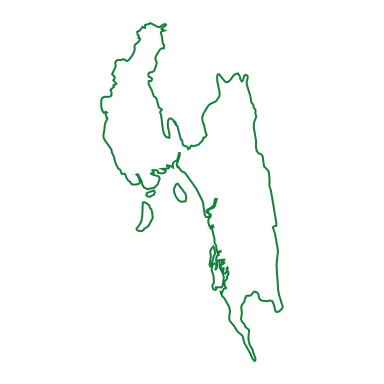 map outline of Chittagong (orthographic projection)
{"feature_id": "BGD-2476", "entity_name": "Chittagong", "entity_type": "Division", "adm_level": 1, "iso_a3": "BGD", "parent_name": "Bangladesh", "parent_adm1": "", "projection": "orthographic", "projection_center": [91.588, 22.498], "detail": "fine", "context": "isolated", "style": "outline", "palette": "green", "viewbox_px": 384, "rotation_deg": 0, "n_neighbors": 0, "source": "natural_earth", "source_scale": "10m", "svg_char_len": 6023}
<svg xmlns="http://www.w3.org/2000/svg" viewBox="0 0 384 384"><path d="M279.2,295.4L282.8,307.0L282.0,308.6L280.3,310.4L278.2,311.8L276.4,312.0L275.3,310.8L274.0,304.9L272.2,301.1L269.9,300.5L266.9,301.2L263.1,300.9L261.1,300.2L259.4,298.9L258.2,294.0L257.0,292.4L254.1,291.5L250.7,295.6L246.4,295.8L245.4,297.7L244.2,301.8L241.7,305.4L241.2,307.1L241.9,312.8L241.0,319.0L242.2,322.1L244.3,324.0L245.4,326.9L249.1,330.0L248.4,337.7L248.8,341.6L249.8,345.2L252.8,350.1L253.0,351.9L255.4,358.2L255.4,360.2L254.7,361.0L254.1,360.6L252.5,358.7L250.4,353.7L244.2,342.6L242.7,336.3L242.1,335.4L237.4,331.4L234.0,325.8L230.0,321.1L229.4,319.5L229.2,317.5L230.0,311.3L229.3,307.2L224.3,298.1L222.5,296.6L221.0,293.5L220.7,291.9L222.0,292.5L223.7,289.0L225.1,288.0L226.8,288.6L225.7,287.5L224.8,285.8L224.3,282.0L227.2,278.4L226.8,276.8L228.4,274.4L228.0,273.5L228.6,272.6L228.4,271.8L227.2,270.9L227.8,268.2L227.4,267.5L226.8,268.8L227.4,268.8L226.3,272.1L225.3,273.5L223.8,273.5L223.1,272.4L223.7,268.2L223.1,268.2L222.7,269.8L221.8,269.7L220.7,267.2L221.0,265.0L222.9,264.2L224.3,262.9L223.7,262.3L222.2,263.4L221.6,262.6L222.2,261.1L224.3,260.3L224.3,259.6L220.1,259.9L217.0,260.9L216.2,260.1L216.3,257.8L217.2,255.8L218.8,255.0L218.1,254.0L218.5,253.1L220.6,251.7L220.6,251.0L218.9,251.6L217.6,253.1L216.7,249.9L216.0,245.2L214.5,242.9L214.5,239.2L212.2,229.4L212.0,226.1L213.2,226.7L212.8,225.4L212.0,225.6L211.4,226.8L211.4,228.7L210.8,228.7L209.0,224.9L208.4,222.6L208.3,220.2L208.8,218.7L210.8,216.2L210.7,214.6L208.3,212.9L208.0,210.5L209.6,209.3L213.8,207.6L214.8,205.9L216.8,199.1L215.0,199.1L214.0,204.2L214.1,205.0L211.1,207.7L207.1,209.9L206.5,210.9L206.7,212.4L209.6,214.2L209.6,216.0L208.0,217.2L206.1,217.0L204.7,214.9L203.2,203.9L202.2,200.4L196.2,188.5L184.8,172.6L182.0,171.5L180.5,170.0L178.5,166.8L177.8,167.2L177.3,166.7L176.7,164.5L176.9,163.3L177.7,162.1L179.7,155.3L179.8,153.0L179.1,153.0L177.3,159.8L176.4,160.9L174.4,161.5L173.2,163.0L172.8,165.2L173.0,167.5L170.4,165.8L167.0,165.4L167.0,166.2L168.8,166.7L169.1,167.6L168.2,168.5L162.0,168.9L165.8,170.7L165.5,172.1L164.4,172.9L161.5,173.4L158.0,172.8L157.8,170.7L155.4,170.1L152.4,170.1L152.4,170.7L153.5,171.7L153.9,172.7L153.3,173.4L151.2,173.3L151.2,174.1L158.7,176.4L159.7,178.3L159.4,179.6L157.6,184.6L155.8,186.3L154.2,187.7L147.5,189.2L144.1,187.5L142.4,184.9L141.4,180.8L137.9,174.2L136.6,174.6L137.9,176.0L139.1,178.6L139.8,181.4L139.6,183.3L137.8,184.2L134.9,184.6L132.2,184.5L131.0,183.5L130.5,182.2L128.1,180.4L126.0,176.9L125.3,174.2L124.3,173.7L121.7,173.9L120.3,169.9L118.1,168.5L117.5,166.8L116.3,165.0L114.8,160.7L114.2,157.4L112.0,152.7L111.3,149.3L104.6,139.9L103.6,137.4L103.4,135.2L104.5,129.3L104.7,125.4L105.2,123.3L106.9,119.7L106.6,117.8L107.1,117.9L105.7,114.7L105.6,113.4L106.6,112.6L105.9,112.4L105.9,111.9L103.7,112.7L102.2,110.6L101.2,105.9L101.3,100.3L102.1,98.1L104.2,96.8L109.4,96.8L111.4,95.7L111.5,92.2L111.1,90.9L110.4,90.2L111.2,89.1L114.0,86.9L113.4,85.8L113.7,85.0L116.1,84.3L116.4,83.8L113.3,80.2L114.0,79.5L114.8,77.5L114.2,76.2L112.1,74.2L115.6,66.6L115.7,65.1L115.2,63.0L115.6,61.6L117.8,59.9L121.1,60.0L123.5,59.1L127.1,61.1L129.2,59.6L132.6,55.0L134.4,51.0L134.8,48.6L134.4,46.8L135.2,44.5L137.7,42.7L139.4,40.7L140.1,38.7L138.4,37.7L139.0,36.3L137.4,34.0L137.2,31.7L139.7,30.7L142.6,26.7L143.8,27.6L145.1,27.8L145.2,24.9L149.2,23.9L150.3,23.0L157.5,26.8L159.7,27.2L163.2,24.5L164.9,24.1L166.0,24.5L165.6,25.6L161.5,28.6L161.5,29.1L164.6,30.5L161.5,31.4L160.8,32.9L161.8,36.0L162.6,42.2L163.0,43.7L164.2,45.3L163.8,48.4L162.4,48.2L160.8,48.8L159.7,49.9L155.7,56.5L155.4,59.1L156.8,62.6L156.5,64.4L154.7,69.6L153.8,71.2L152.2,72.0L149.1,72.7L148.3,74.5L148.7,76.6L151.5,77.9L152.1,79.4L151.3,80.9L148.9,81.0L148.6,83.3L149.0,84.9L151.6,89.8L153.8,96.2L156.0,97.9L156.6,98.7L158.4,105.9L159.3,107.9L161.6,109.1L161.9,109.6L160.0,112.1L161.0,114.7L163.0,130.1L164.1,134.1L166.2,137.0L169.2,137.8L169.5,134.6L167.9,126.5L167.9,122.3L168.3,120.0L169.3,118.6L171.3,118.6L173.0,119.9L175.0,123.2L175.3,122.3L175.9,123.1L175.9,124.8L177.4,126.1L180.9,139.6L182.2,140.4L182.7,144.3L183.8,145.6L187.4,146.8L188.2,149.2L189.7,148.3L190.9,145.9L191.7,145.6L193.6,146.1L197.8,145.0L198.9,144.3L201.7,141.4L203.2,139.2L203.2,137.9L203.7,137.5L205.0,137.5L206.7,135.2L205.3,131.1L203.9,124.5L202.6,121.5L202.1,117.6L203.8,112.9L208.6,105.3L210.1,104.0L214.9,101.9L216.3,100.9L219.5,96.2L219.6,92.4L217.3,81.3L217.1,77.6L217.3,75.6L217.8,74.3L219.1,74.3L225.0,81.6L226.3,82.3L228.4,81.7L229.9,80.4L234.2,74.7L237.9,73.4L239.7,76.1L240.6,79.8L241.8,81.4L243.1,80.1L244.2,75.7L245.6,74.8L247.5,75.8L247.7,77.9L246.7,81.9L246.9,85.1L250.4,96.1L251.3,102.2L253.4,104.9L253.6,107.6L255.5,109.6L255.4,113.3L256.3,116.8L254.2,121.9L253.7,127.2L256.1,140.8L256.0,147.5L256.7,150.7L258.4,153.2L261.3,154.4L262.6,156.0L264.1,166.4L267.5,169.9L268.5,171.3L268.9,172.8L269.6,180.2L269.4,185.8L270.9,190.4L276.4,223.4L276.3,225.9L274.0,226.3L272.9,227.3L275.0,233.8L278.0,250.5L276.5,265.2L278.2,290.5L279.2,295.4ZM149.4,205.6L150.0,208.0L151.3,209.2L152.2,212.6L152.7,218.0L148.6,225.8L145.5,228.2L144.4,228.4L143.4,230.1L141.7,231.2L138.0,230.7L137.0,230.0L136.5,228.6L139.1,225.5L141.3,221.4L142.2,216.7L142.8,202.5L144.3,202.2L147.4,203.8L149.4,205.6ZM219.4,260.9L219.7,267.3L222.9,273.6L223.8,277.4L222.6,285.7L221.7,287.3L215.8,287.3L216.3,289.3L215.2,289.9L214.2,289.8L212.9,288.4L212.3,286.1L212.3,285.4L213.7,283.4L213.9,280.1L213.5,276.2L211.6,269.8L212.1,266.3L213.8,263.5L214.7,263.6L216.1,264.6L216.5,265.8L215.2,270.2L216.5,268.5L217.1,266.2L217.0,263.7L216.3,261.6L219.4,260.9ZM177.7,183.6L185.6,194.0L186.2,198.1L185.5,201.3L181.2,201.8L178.4,200.2L175.8,196.4L174.3,192.5L173.8,189.4L175.9,184.5L177.7,183.6ZM215.1,252.8L214.8,254.3L213.6,256.8L212.9,260.1L211.0,265.3L210.2,266.3L209.5,264.6L210.9,256.7L210.2,251.8L211.2,248.9L213.3,246.4L213.8,247.1L215.1,252.8ZM147.1,192.9L153.9,190.4L154.9,192.3L154.0,194.5L150.3,196.6L148.1,196.7L146.3,195.5L147.1,192.9Z" fill="none" stroke="#15803d" stroke-width="2"/></svg>